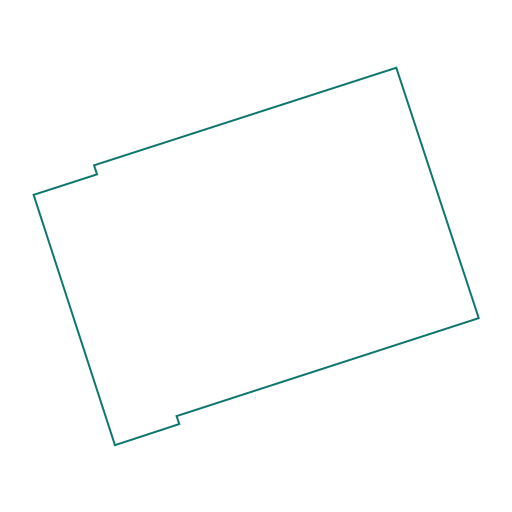 Kearny, Kansas, United States of America (Robinson projection), rotated 72°
{"feature_id": "52423323B71286505277012", "entity_name": "Kearny", "entity_type": "district", "adm_level": 2, "iso_a3": "USA", "parent_name": "United States of America", "parent_adm1": "Kansas", "projection": "robinson", "projection_center": [-101.274, 38.0], "detail": "fine", "context": "isolated", "style": "outline", "palette": "teal", "viewbox_px": 512, "rotation_deg": 72, "n_neighbors": 0, "source": "geoboundaries", "source_scale": "gbopen_adm2", "svg_char_len": 282}
<svg xmlns="http://www.w3.org/2000/svg" viewBox="0 0 512 512"><g transform="rotate(72 256 256)"><path d="M392.3,448.6L392.1,380.9L383.7,381.0L383.9,63.4L370.5,63.4L120.3,64.4L119.7,382.0L129.2,382.0L129.1,448.6L392.3,448.6Z" fill="none" stroke="#0f766e" stroke-width="2"/></g></svg>